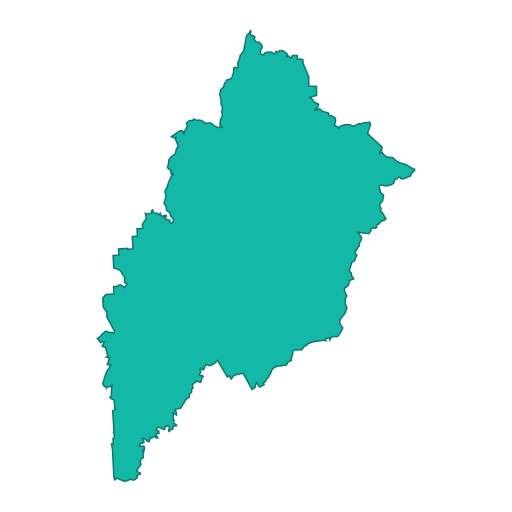 the district of Adelaide Hills, South Australia, Australia
{"feature_id": "25037944B81795940513405", "entity_name": "Adelaide Hills", "entity_type": "district", "adm_level": 2, "iso_a3": "AUS", "parent_name": "Australia", "parent_adm1": "South Australia", "projection": "albers", "projection_center": [138.799, -34.901], "detail": "fine", "context": "isolated", "style": "filled", "palette": "teal", "viewbox_px": 512, "rotation_deg": 0, "n_neighbors": 0, "source": "geoboundaries", "source_scale": "gbopen_adm2", "svg_char_len": 6051}
<svg xmlns="http://www.w3.org/2000/svg" viewBox="0 0 512 512"><path d="M193.5,119.1L193.5,120.4L189.4,120.6L187.1,122.5L186.4,123.7L187.4,125.7L186.0,129.2L183.9,131.9L184.6,133.3L183.3,133.6L182.2,130.6L179.8,130.8L171.3,136.7L174.5,137.9L176.0,137.2L175.4,139.1L178.1,145.5L178.0,146.9L176.5,148.8L175.2,153.8L170.9,157.0L168.9,159.9L168.4,164.3L167.4,167.6L169.8,169.9L171.1,170.3L170.8,173.6L171.6,174.1L172.2,173.3L173.3,174.3L171.4,176.3L168.6,182.1L167.0,187.5L165.0,190.6L165.2,193.2L166.2,195.5L164.0,203.5L166.0,205.8L166.3,209.6L167.0,210.8L170.0,212.8L170.5,215.5L173.7,219.8L173.5,220.8L172.0,223.0L170.9,223.4L169.6,221.4L169.9,220.3L167.6,219.8L164.0,217.8L164.2,217.2L166.4,216.6L166.3,215.6L165.2,215.3L161.9,216.3L161.2,215.8L160.2,213.2L159.0,214.9L156.7,213.1L153.7,213.2L152.6,209.9L151.8,210.4L151.3,212.8L150.4,213.6L148.6,214.1L145.3,213.3L146.3,218.5L142.2,224.5L142.9,228.4L137.0,228.8L137.4,236.2L132.2,236.5L133.0,248.9L127.6,249.2L127.5,248.4L118.5,248.9L118.9,255.1L113.1,255.5L113.8,268.2L116.8,268.7L120.7,270.9L122.6,274.5L124.6,276.7L124.5,282.3L127.2,283.9L124.3,287.6L120.9,284.9L119.0,285.0L117.2,286.4L113.5,286.6L114.0,293.9L105.8,294.6L102.7,298.0L103.3,299.4L102.9,300.1L103.5,300.9L102.8,300.9L103.3,307.3L106.9,312.1L106.9,317.1L114.6,331.3L114.1,332.9L113.3,332.8L107.9,332.1L105.8,331.1L101.3,334.9L101.3,335.7L97.3,338.5L100.8,342.7L102.0,341.6L104.5,342.1L103.5,343.3L103.4,344.6L102.5,345.1L102.3,346.4L105.7,347.6L107.7,356.2L106.4,357.2L109.7,357.6L107.3,364.7L110.9,364.8L106.0,373.1L102.7,383.7L104.2,386.3L106.3,387.2L106.4,387.9L106.8,387.0L110.0,386.6L111.8,385.3L111.3,396.2L109.9,397.3L111.6,398.9L114.1,400.1L115.0,409.6L112.7,410.8L113.9,430.6L113.5,432.4L114.0,432.4L114.3,438.5L113.0,438.6L113.3,443.6L111.5,443.8L112.5,449.8L113.9,477.5L114.7,479.9L115.6,479.6L116.2,478.4L117.1,478.3L124.3,481.3L128.1,480.5L129.8,479.3L133.5,480.1L135.0,479.6L137.3,477.6L137.0,475.5L137.5,474.9L140.3,474.2L140.1,472.9L137.3,471.7L136.7,470.6L140.7,464.6L140.9,463.6L140.1,462.1L141.1,459.0L143.2,457.9L143.4,457.3L143.0,453.2L143.9,451.6L142.7,451.2L142.4,450.2L144.4,449.8L144.2,446.6L143.3,446.1L139.8,446.4L139.3,445.8L140.6,443.2L142.7,443.2L144.1,442.1L142.4,438.3L144.7,438.8L147.2,441.1L149.0,441.7L150.3,437.4L151.9,438.0L154.5,436.1L156.0,437.9L157.8,437.9L156.4,435.3L156.3,434.2L157.0,433.3L158.9,433.6L158.9,431.3L156.5,430.3L156.1,429.7L157.8,427.3L160.0,427.6L163.8,429.6L164.8,428.7L164.9,426.8L166.5,426.1L169.0,426.0L169.4,427.2L168.6,431.0L169.1,431.5L170.5,429.8L173.0,428.9L172.9,426.3L176.6,425.6L176.0,424.5L173.6,423.3L173.9,419.9L172.9,417.3L173.3,416.4L173.0,412.6L176.4,415.0L176.1,411.3L174.9,410.3L175.0,409.3L180.6,408.2L185.8,399.7L187.4,398.1L189.2,397.5L189.6,394.1L191.7,391.9L191.6,389.9L192.3,388.3L193.0,388.0L192.3,384.8L196.3,381.2L200.7,382.4L202.1,377.4L203.1,376.6L202.4,375.5L200.4,375.7L199.4,374.4L200.8,371.9L199.8,369.7L200.6,368.0L202.1,369.5L203.5,369.9L205.7,364.5L209.8,365.7L214.3,363.6L217.5,360.4L227.3,376.9L229.3,375.8L231.2,379.1L234.0,375.3L243.1,373.2L252.1,389.5L255.1,387.4L255.3,384.8L256.8,382.8L258.9,386.5L259.9,387.0L264.1,384.6L263.3,383.2L265.6,381.3L266.6,378.9L268.5,377.4L269.1,374.9L270.2,374.2L272.0,369.8L273.9,367.7L277.1,366.2L286.3,365.1L288.4,361.5L290.7,361.0L291.5,359.9L291.3,357.7L292.8,354.0L292.6,351.2L295.1,349.8L301.6,349.9L304.4,346.2L306.8,345.1L307.2,344.1L312.9,341.8L323.1,340.3L326.0,340.7L325.3,339.0L329.0,337.7L329.9,340.0L330.8,337.5L334.0,336.5L337.5,336.7L340.5,332.5L342.8,328.0L340.1,324.3L339.6,321.8L340.3,319.4L345.2,312.9L346.9,308.0L345.1,303.6L345.5,301.0L345.0,299.4L346.8,295.9L345.0,292.2L344.4,289.7L345.0,287.4L346.3,287.2L348.2,285.3L349.1,283.4L349.0,281.4L349.8,280.4L353.6,279.0L353.4,277.9L351.8,276.4L351.1,272.6L350.1,271.9L349.2,270.2L350.4,267.6L351.5,262.8L354.9,260.3L355.0,258.8L356.9,255.3L355.5,254.0L355.0,251.0L356.9,249.8L357.5,247.6L359.0,246.5L359.4,243.1L361.0,240.5L361.6,237.7L358.6,233.0L356.9,232.2L368.9,233.7L370.9,230.7L370.7,229.4L372.1,228.1L375.0,228.1L376.8,227.3L376.4,225.9L376.9,224.6L378.5,224.3L381.0,221.3L384.1,220.4L385.7,219.1L385.1,219.0L385.4,218.0L382.3,212.5L380.3,211.1L381.1,208.9L379.4,204.9L382.6,200.9L383.6,195.1L380.3,192.3L380.2,190.1L379.1,188.1L379.4,186.1L380.7,184.9L386.4,186.0L391.5,184.6L393.9,183.0L393.7,181.9L395.3,179.3L397.0,178.8L398.9,176.9L400.5,177.5L400.8,178.6L403.6,178.8L406.6,177.7L408.0,176.4L409.1,176.8L410.5,176.0L411.4,173.6L414.4,170.6L414.7,169.3L412.9,168.8L405.3,164.2L400.4,163.1L396.0,160.7L392.6,157.6L387.0,157.1L384.2,155.1L381.7,152.1L379.9,153.4L380.4,150.6L381.8,150.1L381.4,149.2L382.2,147.8L382.0,147.0L367.9,133.9L367.9,132.0L370.5,124.6L370.3,123.2L369.5,122.2L362.6,123.1L361.0,124.0L358.6,123.7L354.8,125.8L352.9,126.1L351.5,125.8L350.4,124.7L344.7,124.7L339.5,126.6L338.5,128.1L337.5,126.9L334.4,125.4L335.6,121.4L335.5,119.0L334.8,117.6L331.0,115.6L329.2,115.6L328.2,112.9L322.6,111.4L319.7,108.9L314.3,110.5L317.9,107.2L318.6,104.6L317.6,103.6L314.4,102.2L312.1,99.1L309.9,97.3L316.6,95.4L316.5,86.4L308.7,86.2L308.8,76.8L302.9,63.0L303.1,62.3L302.6,62.2L302.9,59.7L300.5,59.0L297.2,59.3L297.3,55.6L292.6,55.5L291.0,58.3L288.9,56.1L286.7,56.9L286.4,55.9L287.4,54.9L287.2,54.0L284.0,51.3L281.5,50.5L279.7,50.7L277.9,52.0L275.7,51.6L275.4,53.5L274.7,54.2L271.5,52.1L266.8,52.2L264.6,53.2L263.4,55.0L262.0,54.7L260.4,53.6L260.3,52.3L260.9,49.4L262.1,48.0L262.1,45.5L259.4,42.4L255.6,41.7L254.0,38.7L254.9,37.0L252.8,35.3L251.5,35.7L250.2,34.7L250.9,31.2L250.5,30.7L249.6,32.6L246.6,35.5L243.7,51.0L240.2,55.4L239.2,60.0L237.9,62.1L237.6,63.6L238.3,67.1L237.2,67.9L235.5,67.2L233.7,68.1L233.6,72.2L231.9,77.6L230.3,79.1L226.5,80.1L226.0,82.0L224.6,83.2L223.5,87.2L220.2,90.0L220.6,91.8L219.7,94.0L220.9,99.1L221.1,104.4L222.6,107.5L221.7,111.7L222.4,115.4L221.4,118.3L220.6,119.0L219.8,124.8L222.2,127.2L219.5,127.1L218.8,127.7L214.9,126.3L211.7,123.5L209.9,122.8L206.6,123.3L204.5,122.8L203.1,121.3L199.6,120.0L197.3,120.4L193.5,119.1Z" fill="#14b8a6" stroke="#0f766e" stroke-width="1.5"/></svg>